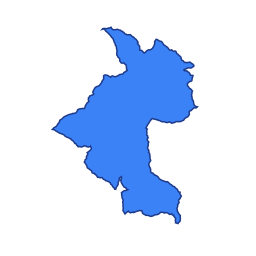 Gran Chimu, La Libertad, Peru (Robinson projection), rotated 81°
{"feature_id": "86281439B8302617209197", "entity_name": "Gran Chimu", "entity_type": "district", "adm_level": 2, "iso_a3": "PER", "parent_name": "Peru", "parent_adm1": "La Libertad", "projection": "robinson", "projection_center": [-78.617, -7.596], "detail": "fine", "context": "isolated", "style": "filled", "palette": "blue", "viewbox_px": 256, "rotation_deg": 81, "n_neighbors": 0, "source": "geoboundaries", "source_scale": "gbopen_adm2", "svg_char_len": 5815}
<svg xmlns="http://www.w3.org/2000/svg" viewBox="0 0 256 256"><g transform="rotate(81 128 128)"><path d="M72.0,142.2L72.1,143.0L72.6,143.9L75.8,144.4L77.7,146.3L79.1,147.0L81.6,149.8L82.2,151.7L82.2,152.7L83.2,154.4L86.0,156.6L87.2,157.2L89.0,156.6L89.5,156.8L90.4,160.8L91.4,161.5L92.1,162.4L94.3,162.8L95.9,162.5L96.4,163.8L97.0,164.6L99.6,166.8L101.3,167.4L102.0,168.1L101.5,169.8L101.7,170.7L101.5,171.5L101.6,173.2L102.1,174.9L103.3,175.5L104.5,176.5L104.9,177.1L105.1,178.0L105.0,180.4L105.3,181.4L105.5,184.3L106.9,189.2L107.4,190.1L108.6,191.6L109.7,194.2L111.7,195.0L113.1,196.8L114.3,197.6L115.1,198.5L115.8,200.0L116.1,201.0L117.6,202.9L118.2,201.0L119.1,200.3L122.3,196.5L124.3,192.9L125.1,192.1L126.0,191.6L127.0,190.5L128.5,188.0L129.8,186.5L130.0,185.9L130.8,185.8L131.0,185.3L131.6,185.0L131.9,184.5L134.0,183.2L134.5,183.2L135.0,182.9L135.2,182.1L135.7,181.7L136.9,181.4L137.5,180.6L138.3,180.5L138.6,180.3L138.8,179.9L138.8,178.4L139.2,177.9L139.5,176.8L139.2,175.2L138.7,174.0L139.0,173.7L139.2,172.5L139.9,171.8L140.0,171.4L140.6,170.4L140.4,168.4L140.1,168.0L140.7,168.0L141.5,167.4L142.4,167.4L143.1,167.7L144.4,169.2L145.6,171.5L146.3,171.7L146.2,172.1L147.5,171.8L148.3,172.2L148.7,172.8L149.6,173.3L150.0,173.7L150.8,173.6L151.6,173.7L152.7,175.3L154.3,175.9L154.8,176.5L156.6,175.5L158.9,174.6L160.9,174.4L164.6,170.7L166.7,170.4L167.5,168.9L167.7,168.1L168.5,168.0L168.9,167.3L170.5,166.3L171.9,165.8L172.1,164.8L172.8,163.3L172.9,161.4L174.9,160.2L175.4,159.1L176.5,158.4L177.0,157.1L178.5,154.9L179.5,154.1L180.7,153.9L181.9,152.8L184.4,151.8L185.3,150.9L186.4,150.7L186.6,150.1L186.5,149.6L184.9,148.9L182.3,146.6L180.6,146.3L177.4,144.5L176.0,144.4L175.1,142.1L177.4,142.6L178.5,143.4L180.9,143.1L182.9,142.4L185.6,141.2L186.7,139.6L188.2,138.9L188.8,137.8L189.3,139.0L189.5,142.1L190.9,144.6L192.3,144.5L193.3,144.8L194.7,144.6L196.2,144.8L197.4,144.3L198.5,144.0L200.1,144.8L203.0,144.8L204.1,145.2L206.1,145.2L208.7,145.9L212.4,144.4L211.9,143.9L210.2,140.7L211.4,139.9L212.2,138.7L211.8,136.1L212.4,135.7L212.3,134.9L211.6,132.4L211.5,130.4L211.2,129.7L211.7,128.4L211.8,127.2L214.4,127.0L215.7,125.8L216.2,124.9L217.0,124.1L217.5,121.7L218.9,119.4L218.7,117.0L218.2,115.7L218.0,114.6L218.1,112.5L217.8,111.2L216.5,109.1L216.4,108.5L216.8,106.5L217.8,105.3L217.5,104.3L217.5,103.4L218.3,101.9L219.8,100.6L219.9,99.8L219.6,98.1L220.9,97.8L221.3,96.4L222.4,96.5L224.6,95.1L226.7,95.7L228.6,95.6L229.0,95.9L230.2,93.6L229.0,92.5L228.3,91.2L225.7,90.4L224.1,90.4L222.9,90.0L222.4,90.1L221.4,91.0L219.1,91.7L217.7,92.3L215.9,92.1L215.0,92.3L213.2,91.2L211.3,90.9L211.0,90.4L209.7,89.2L207.8,89.4L206.9,89.2L205.9,87.6L204.9,87.1L203.6,86.0L201.5,86.9L200.3,87.0L199.6,86.6L198.9,88.2L197.1,88.6L195.6,89.4L194.8,90.4L193.3,91.2L192.3,93.0L191.2,93.7L189.6,95.5L187.7,96.9L187.2,97.5L187.1,98.8L186.1,100.7L185.1,102.6L183.1,105.1L181.5,105.6L180.1,106.7L179.5,107.6L178.9,108.1L178.9,108.7L178.6,109.2L177.8,109.5L177.0,110.4L176.4,110.5L175.8,111.9L174.6,112.6L172.9,112.1L171.7,112.3L171.1,112.2L170.5,112.7L168.9,112.9L168.2,113.3L167.6,113.2L165.8,112.6L163.8,110.7L161.2,111.0L158.9,110.6L158.1,111.0L157.3,110.6L156.1,110.8L155.3,111.5L153.9,110.9L153.4,111.2L152.8,111.1L152.4,111.5L151.4,111.8L150.3,111.7L148.4,110.7L146.5,110.6L146.0,110.1L145.1,109.7L144.5,109.9L144.0,110.5L142.2,110.9L141.8,110.8L141.4,110.1L140.7,109.6L139.8,110.0L138.9,109.8L138.3,110.5L137.7,110.5L136.6,110.2L135.8,110.3L135.2,110.0L133.3,110.0L132.1,109.1L131.3,110.1L130.9,110.3L127.8,108.1L126.4,106.6L125.5,106.1L122.8,103.2L122.4,102.5L123.2,101.3L123.5,99.8L124.4,98.3L124.4,97.6L125.0,97.2L125.9,95.1L127.0,93.8L127.3,93.0L127.3,91.8L128.6,89.1L128.8,88.3L128.4,86.3L129.2,85.0L130.0,84.3L130.1,82.9L129.8,82.3L129.9,81.2L129.2,79.6L129.8,75.9L129.8,74.5L129.3,73.5L129.1,71.9L128.1,71.1L127.4,70.2L126.6,68.6L126.4,67.4L126.1,67.0L124.9,65.8L123.8,65.2L121.8,65.2L120.9,64.6L120.7,64.1L120.8,63.3L118.4,59.7L118.8,57.3L117.9,56.2L117.7,57.1L116.7,58.3L115.7,58.9L114.9,59.2L111.0,59.3L109.8,60.1L107.3,59.9L106.4,60.3L105.9,60.0L104.9,60.0L104.0,59.4L102.8,59.4L101.7,58.5L101.0,59.0L100.4,59.1L99.1,60.1L98.7,60.8L97.6,61.5L96.7,61.8L96.1,62.3L95.0,62.6L93.5,62.4L93.2,62.1L91.8,59.9L91.5,57.9L91.2,57.5L89.1,56.9L86.3,55.6L85.6,58.1L85.2,58.3L84.4,58.2L82.4,59.3L81.7,60.4L80.8,60.9L80.3,63.0L79.9,63.7L79.4,63.7L79.0,63.3L78.6,61.0L77.9,59.3L78.6,56.6L78.5,55.9L77.5,53.7L77.0,53.2L76.6,53.1L75.1,53.9L74.1,55.2L72.8,56.2L72.6,57.0L72.7,59.0L72.0,62.1L70.5,62.8L69.1,64.4L68.4,64.6L66.4,64.6L64.8,65.7L64.4,66.3L63.1,67.0L62.6,67.7L61.5,68.5L60.6,68.4L59.6,68.9L59.4,69.5L59.3,71.1L58.5,72.1L57.8,72.4L57.6,72.7L57.8,73.7L57.6,74.6L56.6,75.3L54.6,76.3L51.1,79.9L50.0,80.2L48.1,81.1L47.5,81.9L47.1,83.3L45.6,84.8L44.8,86.3L46.8,88.2L48.8,88.4L51.0,89.6L53.2,91.4L54.3,93.7L54.0,95.2L54.4,96.8L55.1,98.1L55.7,98.5L56.5,100.4L54.8,101.4L53.5,102.4L53.1,104.1L49.0,103.8L45.9,105.4L45.4,104.8L44.8,104.7L41.8,106.1L40.9,107.1L39.6,107.9L39.3,108.4L38.6,108.8L38.1,109.8L37.4,110.1L36.2,111.2L35.8,114.2L34.2,116.6L33.1,117.0L32.2,118.2L31.7,118.3L31.4,119.3L30.2,120.2L29.7,121.8L28.9,122.7L28.9,124.9L28.7,127.1L28.4,127.6L27.1,128.6L26.1,128.8L25.8,129.0L26.3,130.4L26.2,132.0L26.6,132.8L26.5,133.9L26.1,135.2L25.9,136.8L25.9,137.3L26.4,137.9L26.3,137.3L26.8,135.8L29.1,134.6L30.4,133.3L34.5,130.5L35.7,130.2L36.4,129.5L37.9,128.7L41.4,128.1L42.3,127.6L44.5,127.5L45.3,126.8L49.0,126.9L49.6,126.6L52.6,127.5L54.3,127.6L54.8,127.2L56.3,126.9L58.0,125.5L58.8,125.4L60.3,125.7L62.3,124.8L62.9,124.2L63.2,121.8L64.2,121.3L64.8,120.5L65.3,120.1L68.2,120.0L69.2,120.3L70.8,119.6L71.2,120.0L71.4,121.0L71.8,121.2L72.5,123.3L73.9,124.7L73.9,127.8L75.0,130.3L75.4,132.7L74.1,135.3L74.3,136.2L75.1,137.1L73.6,139.1L72.8,139.9L72.0,142.2Z" fill="#3b82f6" stroke="#1e3a8a" stroke-width="1.5"/></g></svg>